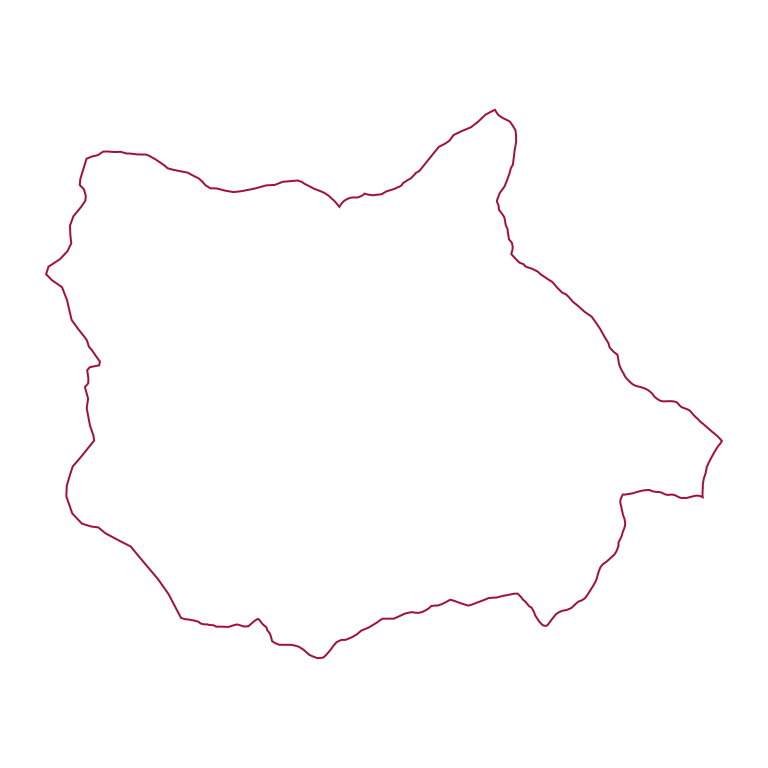 Metsho, Lhuntshi, Bhutan
{"feature_id": "84629894B9266041490873", "entity_name": "Metsho", "entity_type": "district", "adm_level": 2, "iso_a3": "BTN", "parent_name": "Bhutan", "parent_adm1": "Lhuntshi", "projection": "albers", "projection_center": [91.092, 27.547], "detail": "fine", "context": "isolated", "style": "outline", "palette": "rose", "viewbox_px": 768, "rotation_deg": 0, "n_neighbors": 0, "source": "geoboundaries", "source_scale": "gbopen_adm2", "svg_char_len": 5790}
<svg xmlns="http://www.w3.org/2000/svg" viewBox="0 0 768 768"><path d="M86.5,158.8L80.3,179.0L79.8,185.1L84.0,189.4L85.8,196.0L85.3,200.8L81.5,206.4L73.4,216.3L70.0,225.7L70.4,235.7L71.3,243.2L67.5,251.2L59.9,259.2L48.5,266.7L46.1,274.2L51.7,280.0L62.0,287.2L67.0,300.0L71.6,319.9L78.1,328.9L86.0,338.9L87.1,340.9L88.8,346.5L92.0,350.3L96.6,357.0L99.9,361.5L99.2,365.3L89.8,367.2L87.2,370.2L88.4,378.4L88.2,383.3L84.9,387.1L88.1,398.6L86.7,408.2L90.0,425.6L93.4,435.5L94.2,440.5L80.4,457.6L72.7,466.5L70.0,474.8L66.8,485.7L66.3,496.3L72.3,513.5L82.0,523.7L91.2,526.5L98.3,527.4L105.4,533.3L120.5,541.3L130.7,546.5L140.6,558.5L157.9,579.0L168.6,594.2L181.0,617.9L185.1,619.2L188.6,619.5L194.8,620.7L198.7,621.9L200.6,623.5L204.4,624.4L207.1,624.3L209.0,624.9L211.8,625.2L213.3,625.2L216.3,626.7L219.8,626.6L224.8,626.8L228.8,626.9L231.6,625.9L235.6,624.7L237.5,624.5L244.0,626.5L248.2,626.3L249.9,624.9L252.9,622.3L254.7,620.8L256.6,619.6L257.8,618.9L259.0,619.5L260.6,621.5L262.4,623.9L264.4,625.7L266.4,627.4L267.3,630.2L269.8,633.4L271.1,637.1L272.1,641.1L273.9,642.3L275.7,643.4L279.4,644.8L281.8,644.8L287.9,644.8L291.8,644.9L293.7,645.3L298.8,646.7L303.6,649.8L309.0,654.6L311.8,656.0L315.1,657.3L317.5,658.2L320.7,657.9L323.1,657.6L325.5,655.6L330.1,650.4L333.2,646.1L336.5,642.2L341.1,640.0L345.8,639.8L352.2,637.1L357.0,634.3L361.1,630.7L368.8,627.5L377.3,622.3L380.4,619.9L382.8,618.7L386.2,618.7L389.7,618.7L393.7,618.7L399.3,616.2L405.2,613.5L411.8,612.1L415.3,612.7L418.5,612.9L422.4,611.9L426.4,609.9L429.2,608.0L431.4,605.9L434.7,605.6L438.0,605.5L442.1,604.0L445.6,602.3L450.1,599.8L453.2,600.5L457.4,602.0L461.2,603.4L466.4,605.0L468.4,605.6L472.4,604.4L478.9,601.9L484.0,600.0L488.6,598.1L493.0,597.7L496.8,597.5L502.8,595.9L507.3,595.1L514.2,593.7L517.6,593.6L521.0,597.0L523.0,599.6L525.6,601.9L529.1,606.2L531.8,607.9L534.1,612.2L535.1,615.3L539.3,621.7L542.6,625.1L544.6,625.8L546.7,625.7L548.1,624.5L552.3,618.7L556.3,613.9L559.4,612.0L562.3,610.8L566.7,610.0L568.8,609.1L571.3,608.0L573.4,606.1L575.5,604.0L578.6,601.5L581.2,600.7L584.9,598.3L587.5,594.8L592.8,586.4L595.7,581.3L596.9,578.1L597.6,575.3L598.9,571.1L600.4,567.3L602.5,564.6L607.2,561.1L614.4,554.5L616.3,551.5L617.2,549.5L617.9,547.5L618.6,545.3L618.4,544.1L618.6,542.3L619.3,541.0L619.8,539.9L620.3,538.8L621.1,537.3L621.6,536.1L622.1,534.7L622.6,532.5L623.0,531.4L623.4,530.4L624.1,528.9L624.5,527.4L624.9,526.0L625.2,523.7L625.0,521.9L624.7,519.9L624.3,518.4L623.5,516.2L622.9,514.5L622.5,512.4L622.1,510.8L621.6,508.5L621.3,506.7L620.8,504.9L620.4,503.4L620.3,502.4L620.4,500.1L621.0,498.3L621.5,497.1L622.8,494.5L624.7,494.6L629.3,493.9L633.2,493.2L636.8,492.0L642.3,490.6L646.7,490.0L648.4,490.1L649.7,490.0L651.1,490.7L653.3,491.5L656.4,491.9L659.1,492.0L660.7,492.4L662.1,492.8L664.3,494.0L665.8,494.6L668.3,494.9L669.6,494.7L671.2,494.6L672.6,494.6L674.9,495.2L678.3,496.9L679.9,497.6L681.2,497.9L683.0,498.0L684.2,497.9L686.1,498.0L687.8,497.7L689.5,497.2L691.9,496.6L693.4,496.2L695.4,495.8L697.2,495.6L698.9,495.8L700.5,496.2L702.7,497.2L702.5,495.7L702.5,493.3L702.8,487.7L702.8,484.6L703.7,479.0L705.7,472.8L706.8,467.0L708.9,462.3L711.5,457.3L713.7,453.4L716.5,448.6L718.3,445.9L720.7,443.0L721.9,441.0L721.1,440.1L720.0,438.8L718.5,437.2L717.0,435.7L714.3,433.5L712.4,432.0L709.9,429.8L706.2,426.6L703.4,424.1L700.1,421.5L697.9,419.1L694.8,416.3L692.3,413.5L690.1,410.9L688.8,410.0L686.6,409.0L684.4,408.2L682.4,407.5L680.9,406.6L679.6,405.4L678.3,403.8L677.2,402.7L676.0,402.0L673.6,401.4L671.7,401.2L667.9,401.2L663.6,401.4L662.1,401.2L661.0,400.9L659.9,400.6L657.6,399.2L654.7,397.0L653.8,395.8L652.2,393.6L649.2,390.9L647.7,389.9L645.5,388.8L642.3,387.6L640.0,386.9L638.1,386.5L635.7,385.8L633.0,384.5L630.7,382.6L629.2,381.2L626.3,378.2L625.2,376.6L624.5,375.6L623.5,373.3L622.5,371.8L621.5,370.0L620.5,367.9L619.6,365.7L619.2,364.4L618.7,362.1L618.1,358.3L617.5,354.8L613.5,351.7L609.6,347.4L608.4,343.1L604.4,336.6L600.2,329.0L597.0,324.2L591.6,316.6L584.8,312.0L578.4,306.2L572.8,301.7L569.3,297.6L566.2,294.5L562.0,292.5L557.3,287.8L552.4,282.0L548.2,279.4L540.9,274.5L537.4,271.4L532.2,268.8L525.6,266.6L523.5,264.2L519.2,262.5L515.0,258.2L511.3,254.1L512.5,249.6L512.7,246.3L511.8,242.7L509.0,239.3L507.7,231.2L507.7,229.6L505.6,224.6L505.1,221.0L504.2,217.0L501.4,212.9L498.9,209.8L498.7,206.0L497.0,201.7L497.0,200.3L499.7,193.1L504.5,186.5L507.1,180.1L509.6,173.0L510.8,168.3L512.9,164.5L514.0,155.9L514.5,151.2L516.2,141.5L516.0,134.3L515.4,130.1L512.8,125.8L510.0,121.7L506.9,120.0L502.9,118.1L498.5,115.2L496.4,112.3L495.0,109.8L491.6,111.4L485.5,114.7L478.2,121.6L470.9,127.3L461.4,131.2L453.5,135.1L449.6,140.5L445.9,143.2L438.9,146.8L432.2,155.0L425.4,163.5L419.3,171.0L415.5,173.1L414.9,174.2L413.5,175.6L411.7,177.5L410.2,178.7L406.9,180.5L405.6,181.5L403.8,182.6L402.8,183.3L401.9,185.0L400.0,186.4L397.3,187.5L395.2,188.5L394.1,189.0L391.1,189.9L389.5,190.4L386.2,191.5L384.8,192.3L383.6,193.0L382.2,194.0L378.9,194.6L376.7,194.7L373.8,195.2L372.5,195.3L370.8,194.9L368.3,194.6L365.9,194.1L364.7,193.6L362.7,195.3L360.7,196.3L358.2,197.3L356.4,197.5L353.9,197.4L351.3,197.6L348.8,198.3L347.4,198.9L346.2,199.6L344.7,200.5L343.4,201.5L342.2,202.9L340.8,204.5L339.4,206.9L335.3,201.9L333.6,200.2L328.6,195.7L324.3,192.8L319.1,190.6L314.2,188.8L309.5,186.3L304.5,183.8L301.8,181.9L297.7,180.5L282.7,181.8L274.8,184.9L266.2,185.4L253.3,188.9L240.6,191.3L233.5,192.1L224.4,190.5L216.5,188.4L210.4,188.3L205.5,185.3L202.0,181.3L198.7,178.4L192.7,175.4L187.5,172.6L178.5,170.9L171.7,169.4L167.7,168.3L165.1,166.0L161.5,163.4L155.3,159.2L148.3,155.4L145.8,154.5L141.4,154.5L137.1,154.4L132.3,153.8L129.2,153.5L126.7,153.5L120.6,151.8L116.1,152.0L112.1,151.9L107.9,151.5L103.2,151.6L97.9,155.1L91.0,156.8L86.5,158.8Z" fill="none" stroke="#9f1239" stroke-width="2"/></svg>